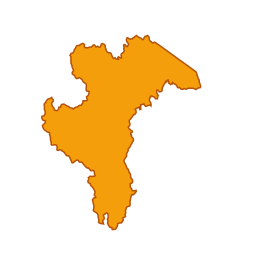 Ataléia, Minas Gerais, Brazil, rotated 344°
{"feature_id": "56859067B60504101034226", "entity_name": "Ataléia", "entity_type": "district", "adm_level": 2, "iso_a3": "BRA", "parent_name": "Brazil", "parent_adm1": "Minas Gerais", "projection": "equal_earth", "projection_center": [-41.183, -18.216], "detail": "fine", "context": "isolated", "style": "filled", "palette": "amber", "viewbox_px": 256, "rotation_deg": 344, "n_neighbors": 0, "source": "geoboundaries", "source_scale": "gbopen_adm2", "svg_char_len": 5717}
<svg xmlns="http://www.w3.org/2000/svg" viewBox="0 0 256 256"><g transform="rotate(344 128 128)"><path d="M119.1,39.8L118.2,38.7L117.2,38.8L115.6,39.9L114.6,40.1L113.7,39.7L112.8,39.6L111.1,39.9L110.3,39.3L109.1,39.1L108.4,38.0L109.2,36.0L108.6,34.9L108.0,34.2L105.0,34.6L104.3,35.3L103.4,35.0L101.6,34.8L100.9,35.1L99.3,37.0L97.7,38.2L97.1,39.4L96.4,40.3L95.3,40.6L94.2,40.6L93.5,40.9L92.2,42.3L92.8,43.4L92.5,44.8L91.3,48.9L91.1,50.0L91.3,52.9L91.1,54.2L91.3,55.7L91.7,57.1L91.0,58.1L90.0,58.9L89.4,59.8L89.5,61.0L90.1,61.6L91.2,63.2L91.5,65.2L92.2,66.3L93.4,66.5L94.2,66.1L95.3,66.3L96.2,67.5L97.1,68.7L97.8,71.5L99.8,74.0L99.9,75.1L98.2,79.9L98.7,81.3L100.0,81.7L100.7,82.2L100.4,83.2L99.0,85.4L98.0,86.1L96.7,86.6L96.5,88.0L96.9,89.5L95.8,90.4L92.3,89.4L91.5,91.4L90.1,92.5L89.5,93.2L87.8,92.9L86.5,93.1L85.6,93.8L83.0,93.6L80.7,94.7L80.2,93.7L77.8,92.5L77.1,91.3L75.1,89.6L73.0,87.3L71.2,87.1L70.2,87.4L69.5,88.3L69.0,89.4L67.4,88.9L66.8,90.1L65.9,91.2L64.7,91.8L62.5,90.8L62.3,88.7L61.3,85.9L61.2,84.3L61.7,83.0L62.3,82.2L63.1,82.0L63.7,81.4L63.9,80.3L63.5,79.4L63.0,78.7L63.1,77.6L60.2,78.2L59.0,78.1L56.7,79.6L56.0,80.9L54.7,81.2L53.9,82.2L53.5,84.7L52.7,87.0L53.0,88.3L52.9,89.5L52.3,91.6L50.5,93.1L49.7,93.2L48.7,92.9L48.2,93.6L47.9,94.8L48.1,96.2L48.6,97.4L49.7,97.7L50.6,98.5L50.2,99.5L49.5,100.3L46.4,102.1L46.4,104.7L46.8,106.0L47.4,107.1L49.5,109.7L50.3,110.1L51.3,110.8L50.8,112.5L50.9,115.8L50.4,117.0L50.2,118.2L50.2,120.5L50.0,121.5L49.6,122.3L50.0,123.4L53.9,124.2L54.4,125.0L54.7,126.1L54.6,127.4L53.9,128.5L53.7,129.6L54.6,130.3L56.5,130.1L57.4,130.5L57.8,131.4L59.3,132.7L60.3,134.7L61.1,137.1L61.7,137.9L62.4,137.9L63.3,138.4L64.0,140.7L64.1,142.4L64.4,143.9L64.4,145.5L65.1,146.3L66.6,146.0L67.7,145.2L68.8,145.1L69.7,144.7L70.7,145.0L71.4,145.6L71.6,146.8L72.2,147.6L73.5,147.6L74.3,148.6L74.9,149.6L75.6,151.5L77.1,154.5L77.9,155.3L79.0,155.6L80.5,158.8L81.3,159.1L82.2,159.0L83.0,159.3L83.5,160.1L83.4,161.4L83.1,163.0L83.3,164.7L82.3,165.2L81.2,164.7L80.0,164.7L78.3,163.9L77.2,164.5L76.2,164.7L76.2,166.1L75.6,167.1L74.8,167.9L74.7,169.6L75.7,170.3L76.4,171.2L76.2,172.7L77.1,174.2L78.2,176.8L78.7,180.4L78.3,181.3L77.5,182.2L77.1,183.5L78.0,185.7L77.0,186.0L76.2,185.8L75.5,186.0L74.0,187.3L74.0,189.9L73.8,190.9L73.9,192.1L73.4,195.0L72.1,197.2L72.0,198.2L72.8,199.2L74.6,201.1L75.1,202.6L75.1,204.1L74.7,205.5L74.7,207.8L74.4,209.1L73.7,210.3L74.0,211.2L76.0,212.7L76.9,212.6L78.0,213.5L78.1,212.0L78.0,210.5L78.5,209.7L79.5,209.4L80.2,208.4L80.4,206.9L80.3,205.7L80.6,204.6L82.5,204.4L83.2,203.9L84.3,203.8L84.9,204.4L85.0,205.5L84.5,208.0L83.9,209.1L83.0,210.0L83.3,211.2L82.8,212.6L82.1,213.8L82.5,216.5L83.0,217.2L83.2,218.4L84.0,218.9L85.0,219.1L85.0,220.2L84.8,221.2L85.5,221.5L88.2,221.8L90.6,219.6L91.2,218.5L91.6,217.3L92.3,217.0L93.9,217.0L95.5,217.4L97.3,216.1L98.1,215.2L98.2,213.0L98.9,212.8L99.7,212.9L100.5,212.7L101.3,212.2L101.2,210.8L102.0,209.6L102.6,208.5L102.6,207.1L103.8,205.2L104.7,203.9L106.0,203.5L107.0,203.4L108.1,203.5L108.7,202.9L109.5,200.1L109.5,199.1L110.3,198.2L110.9,196.7L112.9,193.3L113.7,192.9L114.3,193.7L115.9,193.1L118.3,191.5L118.6,190.2L116.2,190.0L114.7,189.4L114.7,187.3L114.1,186.1L114.0,185.1L114.8,182.1L116.0,182.1L117.2,181.7L118.0,180.1L117.6,177.9L117.1,177.1L117.2,175.4L117.6,172.8L116.9,171.1L116.9,167.8L115.9,166.6L116.0,165.3L115.7,163.8L115.6,162.1L115.2,160.9L114.9,158.3L117.8,155.5L118.8,154.9L119.2,153.7L119.3,152.6L121.5,150.3L122.1,149.4L122.4,148.2L124.5,146.9L126.2,145.0L127.3,144.1L128.3,142.7L129.1,142.3L130.0,141.2L130.1,139.6L129.0,137.2L129.4,135.6L128.7,135.1L129.0,134.2L129.4,133.4L130.4,133.4L131.2,132.9L131.1,131.9L130.3,131.4L129.8,130.1L128.9,129.2L128.5,127.1L130.4,126.0L131.0,124.6L131.0,121.5L131.8,120.6L132.9,120.1L137.3,116.7L138.2,116.9L140.0,115.5L140.5,113.4L140.0,112.1L140.9,111.5L141.6,111.6L142.6,111.2L144.0,111.2L145.0,110.9L144.5,111.9L144.4,113.6L145.3,113.7L145.7,112.9L146.1,110.9L146.5,110.1L146.6,109.1L149.0,109.3L149.9,109.1L150.0,110.2L151.0,112.1L153.6,111.9L155.5,112.0L156.1,113.1L156.7,111.7L156.8,110.2L156.2,108.4L156.3,107.4L156.8,105.8L157.3,105.1L158.2,104.7L158.3,103.7L159.1,103.6L160.1,104.2L160.7,104.8L161.7,105.2L162.6,107.6L164.4,108.0L165.0,106.5L166.1,104.8L165.4,104.0L165.5,102.7L165.4,101.3L165.9,99.6L167.2,99.9L168.0,101.9L170.1,102.1L171.2,101.2L171.9,99.2L173.8,96.9L175.8,94.9L176.8,94.9L177.0,93.5L178.2,94.2L179.1,92.9L179.9,92.9L179.9,94.6L179.6,96.2L180.5,97.1L180.9,98.0L181.9,97.7L182.9,97.8L183.4,96.6L184.2,97.8L186.2,99.9L186.6,101.2L186.7,102.3L187.3,103.2L188.7,103.2L189.6,105.2L191.5,106.0L192.4,105.6L193.3,105.8L194.4,106.8L195.2,106.7L196.5,106.3L201.3,107.6L202.3,108.3L203.8,109.7L205.5,109.3L206.5,108.8L208.3,109.2L209.4,108.1L209.2,103.5L209.3,102.6L209.6,101.6L209.1,99.5L209.0,94.9L208.9,92.8L181.2,57.5L177.3,52.8L176.2,52.9L175.4,53.3L174.6,52.7L174.2,51.5L173.4,50.8L172.9,49.4L173.2,46.1L172.6,44.9L172.0,44.3L171.3,44.7L170.5,44.8L169.7,44.6L168.9,45.1L167.3,46.9L166.4,47.2L165.2,45.3L163.1,43.5L161.6,41.4L159.7,42.1L158.9,42.7L158.0,42.5L156.7,43.6L155.6,43.2L154.4,43.2L152.4,41.1L151.5,41.3L150.9,42.4L150.6,43.9L150.7,44.9L151.5,46.7L151.6,47.7L150.3,49.1L149.4,49.5L148.7,49.1L148.6,47.8L148.0,47.0L147.4,46.7L146.7,47.0L146.3,49.7L145.7,50.7L145.7,52.7L144.3,54.2L143.0,54.5L142.0,54.9L141.3,56.4L141.3,57.8L141.0,58.9L139.3,58.0L138.6,56.9L137.8,57.2L137.5,58.2L137.6,59.3L136.6,59.0L135.6,58.3L135.0,56.9L133.4,57.2L132.8,56.4L132.2,51.9L131.9,51.0L131.2,50.6L130.3,50.4L129.4,49.8L128.8,49.1L128.6,47.8L128.4,44.4L128.8,42.1L128.3,41.1L126.6,39.8L125.5,40.0L124.2,42.0L123.4,42.5L122.6,42.3L121.9,41.8L121.2,41.0L120.2,41.3L119.4,41.2L119.1,39.8Z" fill="#f59e0b" stroke="#b45309" stroke-width="1.5"/></g></svg>